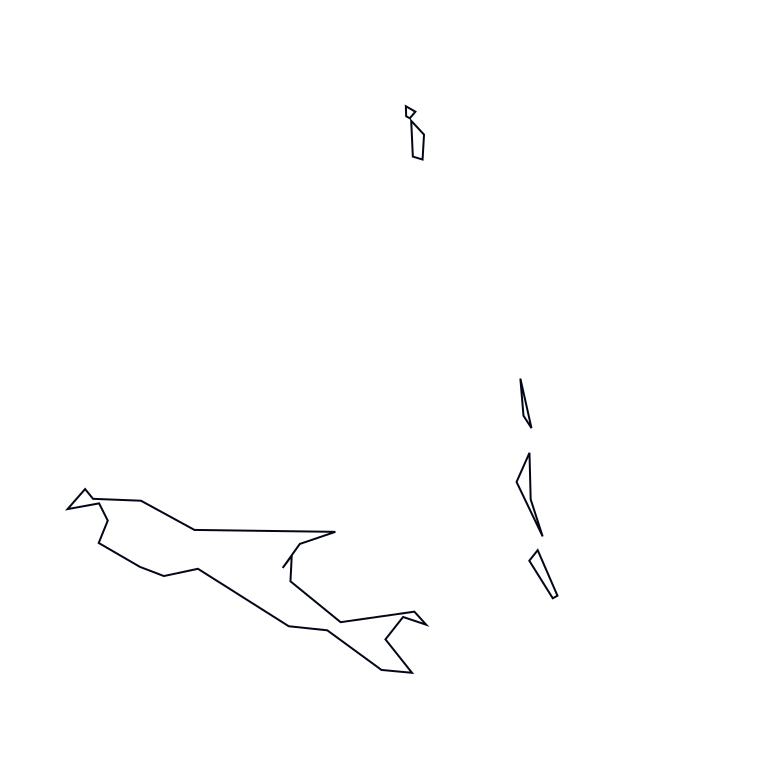 map outline of Sakhalin (Robinson projection), rotated 293°
{"feature_id": "RUS-2616", "entity_name": "Sakhalin", "entity_type": "Region", "adm_level": 1, "iso_a3": "RUS", "parent_name": "Russia", "parent_adm1": "", "projection": "robinson", "projection_center": [146.417, 48.915], "detail": "coarse", "context": "isolated", "style": "outline", "palette": "ink", "viewbox_px": 768, "rotation_deg": 293, "n_neighbors": 0, "source": "natural_earth", "source_scale": "10m", "svg_char_len": 771}
<svg xmlns="http://www.w3.org/2000/svg" viewBox="0 0 768 768"><g transform="rotate(293 384 384)"><path d="M145.2,141.6L170.5,149.9L164.6,161.0L181.6,205.9L175.6,266.5L228.9,397.0L203.9,369.0L175.1,362.6L189.8,366.2L165.8,375.0L147.8,437.1L186.3,500.9L178.9,516.9L177.0,492.6L149.5,485.1L129.1,522.6L119.8,493.4L135.1,428.0L123.8,391.0L141.2,284.9L121.2,256.4L120.3,230.8L126.2,183.5L150.3,183.1L162.8,168.4L145.2,141.6ZM377.5,544.8L335.1,564.1L305.7,589.6L345.6,544.3L377.5,544.8ZM636.9,306.2L629.2,323.4L605.7,331.8L604.6,321.7L636.9,306.2ZM291.1,590.4L256.9,626.4L252.7,623.1L278.1,586.8L291.1,590.4ZM409.3,524.8L442.3,507.4L401.0,537.0L409.3,524.8ZM648.2,295.6L646.9,306.5L638.7,303.9L639.1,299.8L648.2,295.6Z" fill="none" stroke="#020617" stroke-width="2"/></g></svg>